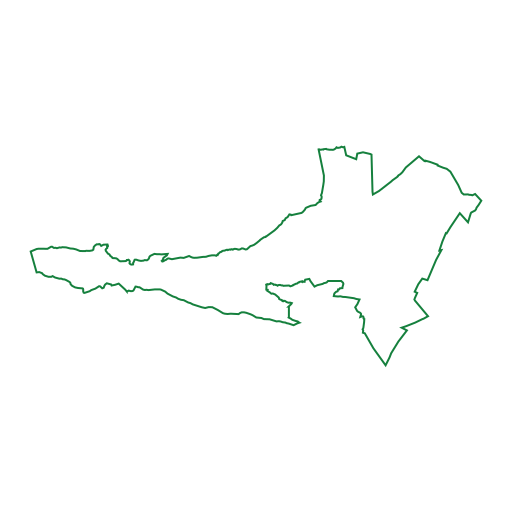 outline of Huejotzingo, Puebla, Mexico
{"feature_id": "50627088B90352297212669", "entity_name": "Huejotzingo", "entity_type": "district", "adm_level": 2, "iso_a3": "MEX", "parent_name": "Mexico", "parent_adm1": "Puebla", "projection": "orthographic", "projection_center": [-98.474, 19.164], "detail": "fine", "context": "isolated", "style": "outline", "palette": "green", "viewbox_px": 512, "rotation_deg": 0, "n_neighbors": 0, "source": "geoboundaries", "source_scale": "gbopen_adm2", "svg_char_len": 6044}
<svg xmlns="http://www.w3.org/2000/svg" viewBox="0 0 512 512"><path d="M36.6,272.4L39.3,272.1L42.1,273.2L42.7,274.1L44.9,275.7L48.5,276.8L51.3,276.8L52.6,276.1L55.0,277.5L59.4,278.7L61.2,278.6L62.9,279.3L64.5,279.4L66.2,280.1L69.6,282.0L70.4,283.0L70.6,284.2L72.1,285.8L75.1,287.4L78.0,288.0L82.6,288.4L83.0,288.7L83.2,289.4L83.2,291.5L83.7,292.7L84.5,292.9L89.7,291.2L91.3,290.1L95.4,288.6L99.1,286.2L100.2,286.4L102.2,288.3L103.7,287.7L104.4,285.8L105.1,284.6L106.8,283.3L111.2,284.5L111.6,285.5L115.1,284.8L118.7,283.6L125.3,289.7L126.7,291.4L126.7,291.0L127.8,291.2L128.7,290.6L130.5,291.1L132.1,291.1L133.0,290.8L133.5,290.4L135.5,286.6L136.6,286.7L138.1,287.2L139.6,287.3L143.1,289.6L144.9,290.0L146.5,289.8L148.5,290.1L154.8,289.4L159.8,289.4L160.9,289.6L165.2,291.6L167.5,293.6L172.8,296.4L176.1,297.5L178.2,298.8L181.1,299.8L183.8,300.2L188.2,302.5L190.4,303.1L192.8,304.4L201.9,307.3L205.2,308.0L208.7,307.1L212.3,307.2L217.8,310.0L223.0,313.2L224.8,313.7L227.7,314.0L230.5,313.7L238.6,314.1L240.1,313.0L241.8,312.3L243.9,312.3L246.3,312.8L250.6,314.3L252.6,315.2L256.3,317.5L261.4,318.0L263.9,319.1L269.6,319.3L276.5,321.4L278.9,321.2L280.7,321.5L282.6,322.2L285.6,322.6L286.4,323.1L288.8,323.6L293.6,325.2L297.2,323.4L299.3,322.7L298.7,322.4L298.5,322.0L297.6,321.4L295.8,321.0L292.3,319.8L290.7,318.6L288.6,317.5L288.9,316.9L288.9,311.2L288.9,306.6L288.6,306.6L291.3,304.0L291.8,303.1L290.1,302.6L288.4,302.7L286.7,302.1L284.9,300.9L283.8,300.8L283.5,301.2L283.1,301.3L282.4,301.0L282.0,300.6L282.2,300.4L281.7,300.0L280.3,299.6L279.1,298.9L278.8,297.6L275.2,294.5L272.8,293.5L271.5,293.7L270.9,293.4L270.0,292.5L267.3,290.8L267.6,289.8L266.3,289.6L266.5,286.1L266.2,284.6L267.3,284.1L268.0,284.5L269.0,284.1L270.0,284.0L270.7,283.1L273.0,284.0L273.7,284.8L274.2,284.6L275.0,284.6L275.4,284.9L275.8,284.8L276.8,285.2L277.6,285.7L278.3,285.1L280.0,284.9L281.4,285.4L282.6,285.4L283.3,285.8L289.0,285.5L290.3,286.3L292.2,285.7L293.3,285.2L293.3,284.9L295.1,284.2L295.4,283.9L297.2,283.5L298.2,282.6L299.0,282.4L299.1,282.1L300.4,281.6L301.8,281.8L302.2,281.2L302.7,281.5L302.9,281.9L303.3,281.6L304.6,281.8L304.8,280.6L305.2,279.7L309.3,278.9L310.5,281.2L314.5,286.6L317.3,285.2L322.7,283.9L323.8,283.2L326.0,282.7L326.8,282.3L328.0,281.0L341.2,281.0L343.0,282.7L343.4,283.9L342.5,287.0L342.4,288.1L339.9,288.3L339.2,289.4L338.1,289.4L337.6,291.3L336.1,291.8L334.6,293.2L334.2,294.0L333.8,296.1L338.0,296.5L340.4,296.3L342.9,296.9L345.4,297.0L353.9,298.2L356.4,299.0L359.5,299.5L357.4,304.1L355.2,307.3L357.1,310.9L358.3,311.9L359.7,312.5L360.5,313.1L361.0,313.8L361.1,314.2L360.3,317.0L362.2,316.3L363.2,316.5L363.6,317.5L363.5,318.4L363.9,319.0L364.3,319.1L364.1,322.2L363.4,327.5L363.1,328.6L362.6,329.3L363.2,330.5L362.9,332.7L364.8,333.3L373.4,348.3L385.6,365.3L389.6,357.3L391.2,353.2L398.4,341.5L406.9,330.4L401.7,327.7L406.1,326.2L415.2,322.6L422.6,319.0L423.4,318.8L428.0,316.2L414.4,299.9L414.2,300.1L414.9,298.0L417.2,292.9L414.7,291.7L418.3,284.2L422.3,278.6L427.5,280.2L436.1,259.9L441.4,250.1L439.4,250.5L442.4,241.5L445.9,233.1L446.6,233.4L450.5,227.0L459.8,213.2L468.0,222.3L470.8,213.2L471.3,212.5L475.1,210.5L476.0,209.3L476.6,207.6L478.5,205.1L481.3,200.7L475.1,194.0L472.3,195.3L471.1,194.9L469.1,194.8L468.0,194.4L463.8,194.5L461.7,192.8L458.2,185.0L450.4,171.7L446.7,168.8L443.1,167.7L437.6,165.5L437.6,164.7L429.9,161.9L425.5,160.7L425.4,161.2L424.5,161.1L419.0,156.3L405.8,167.5L402.3,172.3L400.3,174.2L398.4,175.4L397.9,176.0L398.0,176.1L397.9,176.3L397.1,177.0L392.6,180.2L391.1,181.6L379.0,191.0L372.9,194.5L372.5,191.6L371.5,154.6L370.3,154.0L363.0,152.3L357.3,153.6L356.2,159.2L346.2,155.3L344.3,146.9L343.1,147.3L341.4,146.7L340.2,147.5L337.8,147.9L336.5,147.3L335.6,148.5L333.8,149.6L333.0,149.8L329.3,149.7L326.7,149.3L326.2,148.9L323.6,149.2L323.2,149.6L322.4,149.4L320.7,149.8L319.0,149.3L318.6,149.4L323.9,175.5L323.8,181.4L323.3,184.9L321.9,193.1L321.0,195.3L321.6,196.3L321.6,197.9L321.3,199.0L320.6,199.6L319.7,199.9L319.6,200.4L320.6,201.5L319.1,202.0L317.4,203.1L315.6,205.0L310.7,205.8L306.2,207.7L305.5,208.3L305.0,209.5L303.0,211.8L301.6,212.9L291.2,215.2L290.8,214.6L289.4,214.4L287.6,217.1L285.6,218.3L284.7,220.1L282.7,221.0L282.3,222.5L281.2,224.2L280.3,224.9L279.4,225.3L277.3,227.8L274.5,230.4L266.3,236.4L265.7,236.5L265.5,237.0L263.9,237.3L260.1,239.9L260.0,240.2L256.6,243.0L254.1,244.8L252.2,245.6L250.4,246.1L247.0,249.2L245.7,249.5L243.1,248.5L241.8,248.4L240.2,249.3L239.0,249.6L238.6,249.5L238.2,249.6L236.9,249.1L235.5,248.9L234.3,248.9L233.1,249.5L232.9,249.3L232.4,249.6L231.2,249.2L230.5,249.7L229.4,249.5L227.8,250.1L227.5,249.8L226.6,249.8L224.6,250.6L222.8,250.8L221.8,251.3L221.5,251.8L220.2,252.1L218.6,253.6L218.2,253.7L218.0,254.5L217.4,254.7L217.4,255.1L216.9,255.1L216.2,255.8L214.9,255.3L212.1,255.3L208.7,255.9L205.9,256.8L202.9,256.9L197.2,257.7L194.4,257.8L193.0,257.7L191.4,257.2L189.1,256.0L183.7,257.9L180.4,257.6L171.9,259.2L168.6,258.4L167.4,258.7L166.1,259.8L164.5,260.4L163.5,261.2L162.3,261.5L161.8,260.9L162.5,260.3L163.5,257.8L166.9,255.3L167.6,253.9L161.4,254.4L159.6,254.2L156.9,254.2L154.4,253.9L150.4,255.8L149.5,256.7L148.9,258.5L148.2,259.4L146.9,260.3L144.6,260.1L143.6,260.6L141.0,260.9L138.7,260.5L136.3,259.7L134.8,259.7L134.5,260.0L133.8,261.9L133.2,262.7L133.1,264.4L131.9,264.6L131.0,264.5L130.0,263.9L129.5,263.3L129.8,261.3L129.1,260.2L128.3,259.7L127.7,260.0L126.8,260.0L126.4,260.8L125.4,261.1L120.2,261.3L118.8,260.5L117.5,259.1L116.4,258.4L114.2,258.1L112.9,258.1L112.3,257.8L112.0,257.2L110.1,255.7L109.6,254.6L108.6,253.9L108.0,253.7L105.8,250.8L105.6,249.7L106.1,248.9L107.2,248.0L107.1,246.4L107.9,246.3L108.0,246.0L107.5,244.5L103.5,244.7L101.2,245.9L99.8,244.2L99.1,244.0L98.6,244.3L96.7,244.3L95.0,245.5L93.8,246.9L93.3,249.7L92.3,250.4L89.6,250.9L86.1,250.8L85.2,251.1L80.0,251.0L76.1,249.4L73.2,248.7L70.4,248.5L66.1,247.4L62.3,247.2L60.9,247.6L59.7,247.4L56.9,248.2L55.7,247.8L53.9,247.9L52.0,246.7L51.0,246.8L47.5,248.8L38.7,248.7L36.7,249.0L30.7,251.5L36.6,272.4Z" fill="none" stroke="#15803d" stroke-width="2"/></svg>